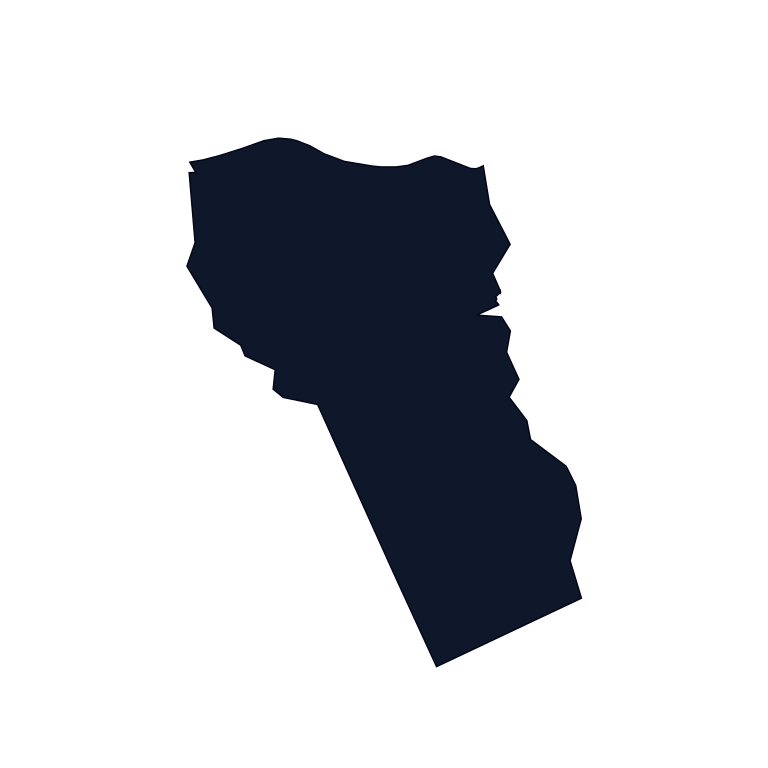 the district of Gloucester, New Jersey, United States of America, rotated 23°
{"feature_id": "52423323B68296244508740", "entity_name": "Gloucester", "entity_type": "district", "adm_level": 2, "iso_a3": "USA", "parent_name": "United States of America", "parent_adm1": "New Jersey", "projection": "mercator", "projection_center": [-75.155, 39.702], "detail": "fine", "context": "isolated", "style": "filled", "palette": "ink", "viewbox_px": 768, "rotation_deg": 23, "n_neighbors": 0, "source": "geoboundaries", "source_scale": "gbopen_adm2", "svg_char_len": 1178}
<svg xmlns="http://www.w3.org/2000/svg" viewBox="0 0 768 768"><g transform="rotate(23 384 384)"><path d="M320.1,173.7L310.1,179.6L296.3,185.4L288.0,188.0L260.6,194.6L238.7,195.5L222.6,193.7L213.9,194.0L209.2,194.1L202.1,195.2L190.9,198.9L178.5,206.9L161.3,222.7L142.8,238.5L129.8,248.5L118.6,255.7L128.1,262.8L122.1,265.6L154.9,327.7L156.6,352.6L196.1,381.2L205.8,398.9L237.0,404.3L245.2,412.4L278.3,413.4L284.0,432.1L296.5,435.7L330.9,428.8L467.2,554.7L542.8,623.6L615.2,542.3L649.4,504.0L624.3,473.9L618.2,431.0L600.2,402.6L583.9,388.6L540.6,377.9L529.8,361.9L504.3,347.3L506.4,327.0L484.4,306.8L479.6,285.8L466.0,276.3L442.3,284.4L458.7,266.4L458.4,266.0L457.6,265.6L456.8,265.3L456.3,264.8L456.0,265.0L454.9,264.7L454.7,264.4L454.4,262.3L454.6,261.9L454.3,261.3L452.8,260.2L452.8,259.5L453.3,258.9L453.9,257.4L454.2,256.4L454.9,255.5L455.4,255.3L455.2,255.1L455.5,254.2L455.3,254.0L454.9,253.1L454.0,252.2L453.9,251.8L453.5,251.8L440.7,239.6L445.5,206.1L411.0,177.5L390.1,144.4L389.9,144.7L387.7,147.1L384.8,149.8L384.7,149.9L379.5,151.8L356.0,152.5L347.6,152.7L341.4,154.4L335.5,159.2L320.6,173.4L320.1,173.7Z" fill="#0f172a" stroke="#020617" stroke-width="1.5"/></g></svg>